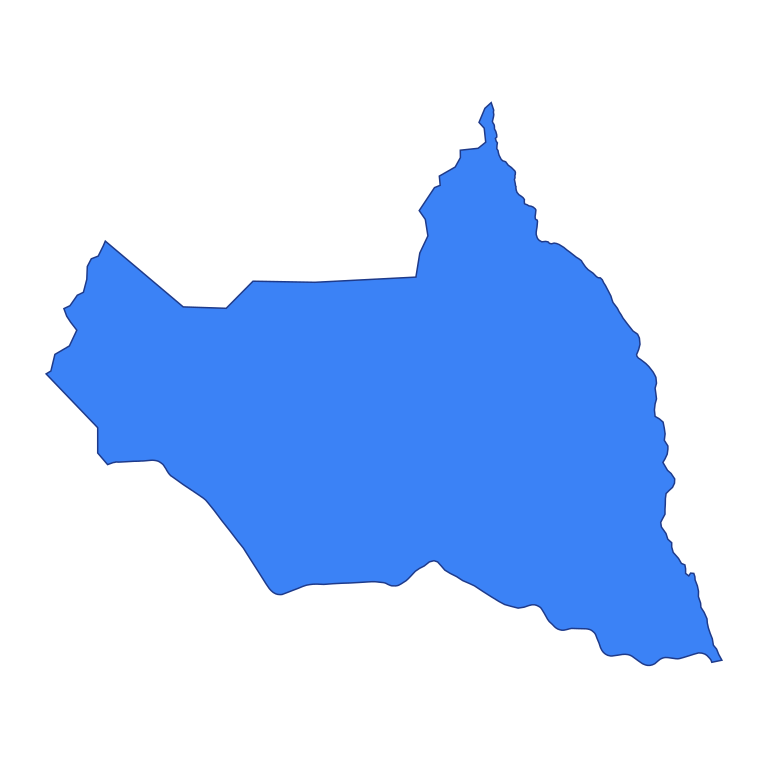 outline of Cardona, Soriano, Uruguay
{"feature_id": "84410073B72451431142399", "entity_name": "Cardona", "entity_type": "district", "adm_level": 2, "iso_a3": "URY", "parent_name": "Uruguay", "parent_adm1": "Soriano", "projection": "albers", "projection_center": [-57.207, -33.843], "detail": "fine", "context": "isolated", "style": "filled", "palette": "blue", "viewbox_px": 768, "rotation_deg": 0, "n_neighbors": 0, "source": "geoboundaries", "source_scale": "gbopen_adm2", "svg_char_len": 5119}
<svg xmlns="http://www.w3.org/2000/svg" viewBox="0 0 768 768"><path d="M406.1,580.7L408.2,578.8L411.0,575.9L415.0,571.6L415.4,571.2L419.5,568.4L424.2,566.0L429.4,561.9L434.0,560.7L437.6,561.9L441.2,565.9L444.8,570.1L450.2,573.4L456.6,576.6L462.7,580.6L469.0,583.3L474.4,585.8L483.0,591.5L491.5,596.9L499.0,601.5L504.6,604.5L511.0,606.3L518.1,608.1L524.0,607.2L529.0,605.5L531.9,604.8L534.6,604.8L536.5,605.3L538.6,606.3L540.5,607.5L541.9,609.4L544.2,613.2L547.6,619.3L548.2,620.1L549.2,621.5L552.1,624.2L554.7,626.9L556.2,628.1L557.9,629.1L560.0,629.8L561.9,630.2L563.1,630.2L564.2,630.1L567.0,629.5L569.5,628.8L571.6,628.4L577.4,628.6L586.0,628.8L587.6,629.0L589.3,629.4L590.5,629.8L592.0,630.7L593.2,631.7L594.3,632.7L595.0,633.6L595.7,634.8L596.8,637.8L599.1,643.3L600.5,647.6L601.8,650.2L603.0,651.9L604.5,653.4L605.8,654.3L607.7,655.3L610.7,656.0L612.0,656.0L613.3,655.8L617.7,655.2L622.6,654.4L625.3,654.3L628.0,654.6L630.0,655.2L632.0,656.2L639.0,661.3L642.5,663.7L644.1,664.4L645.7,665.0L647.7,665.4L649.9,665.4L652.4,664.8L654.8,663.7L658.3,660.7L660.2,659.2L662.3,658.2L663.9,657.7L665.5,657.5L668.0,657.6L670.8,658.0L675.8,658.7L677.9,658.8L679.8,658.5L683.4,657.5L688.6,655.9L693.9,654.2L698.6,652.9L701.7,653.1L703.5,653.6L705.1,654.2L707.0,655.5L709.1,657.7L710.0,658.7L711.0,660.1L711.8,662.3L721.9,660.2L718.7,654.4L716.6,649.1L713.4,645.2L712.3,638.7L710.2,633.4L708.4,628.0L707.3,623.0L707.0,618.8L704.1,612.3L700.9,607.3L700.6,603.1L698.4,596.6L698.5,591.3L697.4,585.9L695.1,579.9L694.9,576.7L693.8,573.4L690.6,573.1L688.8,575.9L685.6,573.4L685.6,568.8L684.9,564.9L681.4,563.4L678.5,558.4L673.2,552.4L671.7,547.0L671.7,542.7L667.8,539.2L666.0,533.5L661.4,527.0L660.7,522.4L662.3,519.2L665.0,514.2L665.0,509.2L665.3,504.2L665.4,498.5L666.1,493.5L669.3,490.3L672.5,487.4L674.5,483.2L674.7,478.9L671.1,473.5L667.5,470.3L665.0,466.0L662.9,462.4L665.0,458.9L667.2,454.2L667.9,449.2L667.9,446.0L664.3,440.3L665.1,433.9L664.3,428.2L663.1,422.1L659.4,418.9L655.1,416.4L654.4,409.9L655.1,403.9L656.5,398.9L655.8,393.2L655.1,388.2L656.5,383.2L655.9,377.3L654.7,374.9L653.1,372.0L648.9,366.6L645.8,363.5L640.6,359.5L638.3,358.0L636.9,356.2L636.6,354.4L637.4,352.7L638.7,349.4L640.0,344.3L639.4,338.1L637.6,334.2L633.0,331.0L627.6,324.2L623.0,318.1L621.2,314.9L619.1,311.7L617.4,308.3L615.0,305.1L613.0,302.5L612.0,299.7L610.9,296.0L607.0,288.5L605.5,285.6L603.7,282.8L602.3,279.8L600.4,277.9L598.1,277.7L596.4,276.6L593.1,273.2L588.0,269.6L585.4,266.8L583.6,264.2L582.3,262.3L581.4,260.7L578.9,258.8L576.4,257.3L570.2,252.4L566.8,249.9L563.8,247.4L559.1,244.5L556.5,243.5L554.1,243.1L553.0,243.4L551.5,243.8L549.5,243.4L548.1,241.9L545.7,241.4L541.8,241.8L539.3,240.4L538.0,239.1L537.2,237.7L536.2,234.5L536.2,232.2L536.5,230.0L537.0,227.0L537.3,223.8L537.5,221.4L537.2,220.1L536.0,219.6L535.3,218.7L535.1,216.6L535.5,213.9L535.9,210.0L535.2,208.8L533.2,207.1L531.1,206.2L529.0,205.9L527.0,204.7L525.2,204.1L524.5,203.6L524.3,201.5L524.4,199.5L523.0,197.6L521.2,196.2L518.9,194.7L517.7,193.2L516.9,192.3L516.7,191.3L516.3,190.5L515.9,188.0L516.0,186.5L515.5,185.7L515.3,183.8L514.4,179.4L515.0,177.9L514.9,175.5L515.3,174.4L515.4,172.3L514.9,171.0L511.4,167.5L508.2,165.2L505.7,161.8L504.4,161.3L502.9,160.9L501.2,159.4L499.1,155.3L498.4,152.8L498.0,150.5L496.8,148.8L497.0,145.2L497.4,142.9L496.2,141.2L495.4,138.4L496.8,137.0L496.7,134.7L495.8,131.4L494.5,129.0L494.4,126.0L494.0,124.5L492.9,122.8L492.4,121.5L493.5,116.7L493.8,114.7L493.4,112.1L493.7,110.1L491.2,102.6L484.9,108.3L479.0,122.4L484.2,128.2L485.7,142.2L478.1,148.3L460.3,150.2L460.4,157.6L455.2,167.0L439.3,176.1L440.2,185.3L434.5,187.6L419.2,210.6L425.3,219.4L427.9,235.9L419.8,253.0L415.9,277.1L314.9,282.3L253.0,281.2L226.2,308.3L183.2,306.9L105.3,241.1L103.2,246.0L98.2,256.1L91.3,258.8L87.3,266.5L86.8,279.3L83.4,292.3L77.3,295.2L70.0,305.7L63.9,308.6L66.7,316.2L70.7,322.3L76.8,330.2L69.4,345.9L54.9,354.4L50.9,371.0L46.1,373.9L97.7,427.7L97.7,453.0L107.6,464.6L113.1,462.6L113.5,462.5L113.9,462.5L114.4,462.4L114.9,462.3L115.3,462.2L115.6,462.1L116.0,461.9L116.4,462.0L118.7,462.1L121.1,462.0L131.9,461.4L133.1,461.3L137.7,461.2L138.3,461.2L141.1,461.0L142.5,461.0L145.2,460.8L146.2,460.7L150.7,460.3L152.3,460.2L153.7,460.3L154.6,460.4L155.9,460.6L157.6,461.0L159.0,461.6L160.3,462.4L161.4,463.2L162.8,464.3L163.7,465.4L164.2,466.2L164.7,467.0L165.8,468.6L166.8,470.5L167.6,471.7L168.2,472.7L169.0,473.8L169.8,474.7L170.7,475.7L171.8,476.4L173.5,477.6L183.4,484.7L195.7,492.9L203.3,498.1L205.7,500.1L208.0,502.8L213.9,510.1L221.8,520.6L230.5,531.6L237.9,541.3L243.3,548.0L245.5,551.5L250.5,559.4L258.5,571.9L266.0,583.8L269.3,588.6L271.2,590.7L273.3,592.5L275.7,593.8L277.7,594.4L280.1,594.6L282.0,594.5L284.4,593.6L288.1,592.2L292.7,590.4L298.0,588.4L302.8,586.4L306.4,585.2L309.7,584.6L313.1,584.2L317.1,584.1L323.8,584.4L333.1,583.7L342.8,583.2L349.5,583.0L360.3,582.4L368.1,581.9L371.9,581.7L374.7,581.7L376.1,581.8L381.4,582.4L383.4,582.6L385.1,583.0L386.5,583.6L387.5,584.2L389.6,585.1L391.5,585.8L395.6,585.9L397.0,585.7L398.5,585.3L399.6,584.7L401.1,583.9L406.1,580.7Z" fill="#3b82f6" stroke="#1e3a8a" stroke-width="1.5"/></svg>